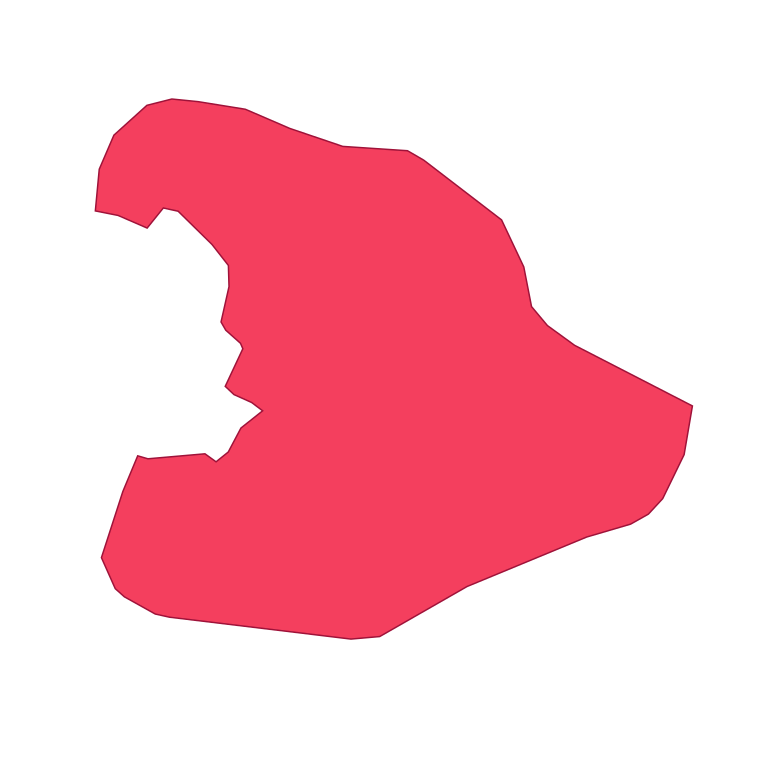 an SVG outline of Oslo, rotated 97°
{"feature_id": "NOR-921", "entity_name": "Oslo", "entity_type": "County", "adm_level": 1, "iso_a3": "NOR", "parent_name": "Norway", "parent_adm1": "", "projection": "orthographic", "projection_center": [10.625, 59.979], "detail": "fine", "context": "isolated", "style": "filled", "palette": "rose", "viewbox_px": 768, "rotation_deg": 97, "n_neighbors": 0, "source": "natural_earth", "source_scale": "10m", "svg_char_len": 803}
<svg xmlns="http://www.w3.org/2000/svg" viewBox="0 0 768 768"><g transform="rotate(97 384 384)"><path d="M485.3,619.7L487.0,609.2L475.1,553.2L481.7,541.2L470.5,530.3L445.1,520.6L425.4,501.2L418.5,513.1L412.8,531.6L405.7,541.3L366.2,528.4L361.1,531.4L349.9,547.6L342.3,553.3L306.2,549.7L285.3,552.9L266.5,571.7L237.6,609.4L236.2,624.5L258.1,638.1L249.1,668.5L247.4,691.6L205.5,692.8L169.9,682.4L136.3,653.3L127.0,629.3L126.4,603.0L128.2,555.1L141.8,508.7L153.2,453.9L149.6,389.1L157.0,371.8L206.8,287.3L250.8,259.5L289.2,247.0L306.1,228.9L322.4,199.5L368.2,75.2L417.5,77.5L463.8,93.4L480.9,105.7L493.0,122.1L511.2,164.2L574.9,276.9L635.2,357.5L641.2,385.7L641.6,568.5L640.2,583.0L626.9,615.7L619.9,625.8L590.8,643.3L522.5,630.1L485.3,619.7Z" fill="#f43f5e" stroke="#9f1239" stroke-width="1.5"/></g></svg>